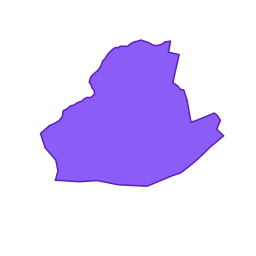 Cocal de Telha, Piauí, Brazil (orthographic projection), rotated 139°
{"feature_id": "56859067B88089338838597", "entity_name": "Cocal de Telha", "entity_type": "district", "adm_level": 2, "iso_a3": "BRA", "parent_name": "Brazil", "parent_adm1": "Piauí", "projection": "orthographic", "projection_center": [-41.973, -4.614], "detail": "fine", "context": "isolated", "style": "filled", "palette": "violet", "viewbox_px": 256, "rotation_deg": 139, "n_neighbors": 0, "source": "geoboundaries", "source_scale": "gbopen_adm2", "svg_char_len": 1153}
<svg xmlns="http://www.w3.org/2000/svg" viewBox="0 0 256 256"><g transform="rotate(139 128 128)"><path d="M41.3,149.8L47.7,158.6L39.0,165.7L43.8,168.8L47.6,169.0L50.1,170.1L52.4,171.4L54.9,174.5L56.5,179.1L58.6,182.6L60.5,185.9L64.1,187.4L66.9,189.0L70.9,189.9L74.8,190.0L77.5,192.5L80.3,194.8L82.9,195.1L84.5,196.9L86.8,197.4L90.1,197.4L95.4,196.9L99.9,195.4L103.4,195.1L106.3,193.4L109.6,192.0L112.7,191.3L118.7,191.3L122.5,190.9L124.8,189.6L127.1,188.2L127.6,184.6L128.9,181.8L128.9,178.8L130.8,175.7L134.2,175.4L136.5,175.6L138.9,178.0L142.5,178.8L145.1,178.4L147.7,179.7L150.4,180.4L154.2,181.0L157.1,182.5L161.0,182.4L165.5,183.5L168.6,181.1L170.3,179.6L172.8,179.2L175.2,178.7L177.5,179.2L181.1,179.8L185.4,181.3L197.6,181.3L203.5,167.5L203.6,151.1L209.0,141.6L217.0,136.2L210.0,129.3L200.1,119.5L185.7,108.5L172.7,91.7L160.8,80.2L151.7,71.5L126.6,63.2L117.5,59.5L98.8,58.6L92.9,59.0L90.6,59.0L78.2,59.7L61.0,59.4L61.8,68.9L53.1,73.3L52.4,79.1L53.1,82.7L66.2,87.0L74.1,89.9L76.5,91.2L73.1,97.1L65.4,109.8L60.9,120.3L62.8,121.9L63.0,124.5L62.9,127.0L63.6,129.7L64.3,132.9L41.3,149.8Z" fill="#8b5cf6" stroke="#5b21b6" stroke-width="1.5"/></g></svg>